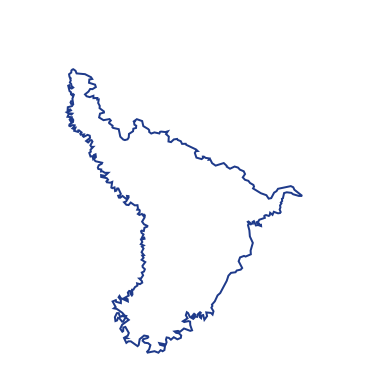 the district of Mphokojoana, Mokhotlong, Lesotho, rotated 346°
{"feature_id": "5366337B60583276922456", "entity_name": "Mphokojoana", "entity_type": "district", "adm_level": 2, "iso_a3": "LSO", "parent_name": "Lesotho", "parent_adm1": "Mokhotlong", "projection": "orthographic", "projection_center": [29.014, -29.041], "detail": "fine", "context": "isolated", "style": "outline", "palette": "blue", "viewbox_px": 384, "rotation_deg": 346, "n_neighbors": 0, "source": "geoboundaries", "source_scale": "gbopen_adm2", "svg_char_len": 5994}
<svg xmlns="http://www.w3.org/2000/svg" viewBox="0 0 384 384"><g transform="rotate(346 192 192)"><path d="M146.8,328.6L145.1,325.9L142.5,324.8L141.3,323.1L144.8,323.4L146.6,324.7L151.2,322.5L156.7,326.3L158.6,326.2L158.1,320.8L158.8,317.3L157.3,316.4L153.0,316.3L151.9,315.2L157.1,313.5L156.2,310.1L157.9,307.4L158.9,308.5L159.7,312.7L162.5,315.4L163.7,314.7L161.9,312.6L164.6,310.7L165.5,311.8L164.8,312.5L163.9,311.9L163.8,312.9L166.7,314.4L168.3,311.9L170.7,310.6L171.3,311.4L169.8,312.5L169.3,315.2L170.3,316.6L171.4,314.1L173.1,314.1L173.1,319.0L176.6,316.1L176.7,312.3L181.1,313.9L182.3,315.9L184.0,312.9L182.8,309.0L184.2,307.5L184.1,306.1L187.7,303.6L191.8,298.5L194.9,296.9L204.2,286.6L207.1,282.0L210.3,279.9L214.8,280.4L216.4,279.0L220.5,279.1L222.3,277.9L220.5,270.5L222.8,267.1L227.0,266.6L228.4,267.6L234.0,266.7L234.7,263.0L238.7,256.1L237.4,249.1L238.4,243.0L238.3,237.7L239.6,236.5L238.9,234.5L239.7,234.3L240.8,235.8L241.0,238.3L241.5,236.9L243.3,237.4L243.5,235.8L245.0,235.3L245.9,239.9L248.1,240.0L250.8,241.8L251.0,240.5L249.5,240.3L249.4,238.8L247.6,237.8L247.6,236.9L249.3,236.6L250.6,235.2L256.4,234.7L256.3,232.8L257.0,232.4L258.3,232.3L260.7,233.8L261.7,233.4L262.8,231.1L264.6,233.6L266.6,231.0L270.3,233.5L272.3,233.7L273.2,232.9L272.8,230.2L274.1,228.3L274.2,226.3L276.0,224.7L275.6,223.8L277.3,222.6L277.6,220.4L278.7,220.1L281.1,215.3L283.9,215.2L288.2,216.9L289.5,218.6L294.8,221.7L297.2,222.3L297.5,221.8L291.9,214.6L291.4,211.9L289.3,210.2L276.2,209.7L274.2,211.6L271.5,212.5L267.4,217.1L264.8,217.0L263.4,213.1L258.6,209.9L252.1,203.3L253.5,201.8L253.3,200.0L250.5,197.3L249.4,194.8L246.4,193.0L244.8,190.1L247.8,187.4L247.2,184.4L243.9,181.9L242.5,179.4L239.5,177.6L234.5,178.6L231.8,175.8L232.0,175.0L229.8,171.6L221.3,172.1L218.5,168.9L217.6,165.0L216.1,164.8L217.1,163.7L213.5,162.2L212.0,160.5L211.1,160.3L211.0,161.6L209.3,162.4L204.6,159.7L204.2,154.8L205.6,153.3L207.4,153.6L206.2,151.7L197.8,144.8L197.6,143.7L194.0,142.9L193.4,140.0L190.7,138.0L190.4,136.9L187.1,136.6L183.7,138.5L181.4,137.3L182.9,132.6L180.8,129.5L183.2,127.3L180.7,127.4L176.6,125.9L175.6,125.9L174.5,127.3L170.0,125.1L166.6,125.4L165.0,123.4L165.4,121.7L164.8,120.4L160.7,116.3L160.8,111.1L156.1,108.0L152.9,109.3L153.4,109.8L152.7,110.2L152.4,112.7L153.9,114.2L153.2,116.3L150.4,116.4L149.5,118.8L144.9,120.4L143.8,123.8L142.2,125.3L139.5,125.4L138.0,124.5L135.8,121.0L136.1,113.3L130.9,110.7L130.4,110.0L131.0,108.5L128.3,105.3L128.4,104.4L130.5,103.0L129.6,101.3L123.5,100.9L119.9,97.2L121.7,93.7L125.8,93.6L126.0,92.5L122.6,88.3L123.3,86.1L122.5,82.9L123.9,79.6L122.4,79.3L122.9,77.9L119.1,77.1L119.6,74.8L115.7,75.2L112.9,73.6L111.8,71.4L115.9,69.5L118.1,67.4L120.3,68.1L124.1,66.9L123.9,64.4L118.5,61.1L119.6,58.0L122.5,58.2L121.8,56.2L116.7,51.8L108.7,49.0L108.3,46.2L106.6,44.2L105.7,44.2L104.4,44.9L103.7,46.9L101.2,48.0L101.0,50.7L101.8,52.2L101.2,52.6L101.4,54.3L100.0,56.2L100.9,57.9L100.7,59.9L102.0,61.9L100.3,62.5L98.6,61.1L98.6,58.7L97.6,58.9L97.6,64.5L98.7,65.9L98.2,67.9L99.0,69.1L100.2,68.1L100.9,69.0L98.5,72.6L98.2,75.7L96.7,74.7L95.8,75.7L96.1,77.3L97.9,77.5L98.0,78.1L96.3,79.6L92.0,79.7L91.2,82.2L93.8,82.4L94.3,83.5L89.7,84.3L90.9,85.6L94.8,87.0L93.8,87.7L91.3,86.4L89.4,88.9L93.0,90.2L90.8,92.1L91.5,94.4L93.7,91.8L94.2,93.4L93.5,95.3L89.5,96.8L88.9,98.0L89.7,98.8L92.0,98.2L94.3,98.9L94.0,99.8L91.4,101.4L92.3,102.1L94.2,101.8L92.5,104.1L95.9,106.1L96.5,104.7L97.2,104.8L99.2,107.4L97.7,108.4L97.9,109.5L101.0,110.0L99.7,111.5L100.3,112.3L104.5,111.3L106.4,112.6L106.2,114.8L101.6,116.9L103.2,118.8L105.9,117.2L107.1,117.4L107.6,119.0L104.7,122.1L105.3,123.9L107.1,124.3L103.7,126.5L103.6,128.4L101.8,129.2L102.1,133.0L104.2,133.2L104.1,135.7L105.2,134.7L105.8,132.4L107.5,132.1L107.2,134.9L105.0,136.1L105.2,137.8L106.0,138.9L111.9,141.9L111.2,142.8L108.0,143.5L106.5,145.6L106.7,147.0L109.4,148.2L108.7,150.1L110.2,150.3L112.1,152.3L115.4,153.1L111.4,155.3L107.9,153.6L107.5,155.4L112.7,158.0L113.5,159.8L111.5,161.0L111.8,162.0L114.9,163.2L117.0,162.9L114.8,168.2L115.6,169.0L117.9,168.8L117.6,172.5L118.9,172.4L120.3,170.5L121.4,170.8L122.5,176.6L121.1,177.9L119.5,177.8L119.7,179.7L120.9,180.2L123.6,179.0L126.7,183.0L127.9,182.3L128.0,180.1L129.4,180.6L129.2,181.9L125.8,185.2L123.6,185.5L125.2,188.5L127.3,189.3L130.0,187.4L133.2,191.1L135.9,191.6L135.6,194.6L134.6,195.9L136.6,196.5L136.8,197.3L136.3,198.9L134.2,200.2L135.4,201.5L138.1,201.2L139.0,203.3L140.0,202.4L140.6,203.3L139.8,205.3L136.4,208.7L137.6,211.7L140.5,214.1L140.2,214.8L137.2,215.2L135.8,218.2L133.8,217.3L133.1,217.7L133.2,219.5L134.7,221.4L132.1,224.5L134.6,224.7L134.6,225.9L131.1,225.9L131.7,228.5L129.7,230.3L132.2,232.2L130.2,232.9L131.3,235.1L128.5,238.2L130.1,241.7L128.3,241.6L129.1,244.1L126.7,245.6L129.7,248.7L126.1,251.6L126.0,253.0L127.6,255.5L126.2,257.5L123.8,258.0L124.4,261.0L121.7,263.5L119.9,263.2L121.8,266.3L121.8,267.9L119.2,268.8L116.6,267.4L116.4,269.6L113.6,270.5L111.5,272.6L110.2,272.3L109.4,277.1L108.6,277.8L107.7,275.7L108.3,273.3L107.1,272.8L105.4,274.1L105.5,277.2L101.1,278.4L103.6,280.4L103.3,282.6L97.2,277.7L96.5,275.3L95.3,276.4L96.8,279.8L96.1,282.6L91.8,280.2L91.9,278.5L88.5,279.0L90.1,285.1L88.1,286.0L90.8,287.3L95.2,292.4L96.3,294.6L95.3,294.9L98.2,296.4L97.5,297.1L94.4,295.6L91.9,295.8L91.6,291.8L89.8,291.4L86.9,294.8L86.5,298.7L88.2,298.5L89.7,296.2L91.1,297.2L92.9,301.0L94.0,300.9L96.7,298.2L98.0,298.5L99.7,300.8L92.2,303.8L89.3,307.3L90.6,310.7L91.6,310.3L92.6,306.9L94.7,306.8L96.6,313.5L94.9,315.9L92.0,316.7L93.6,318.1L90.8,317.6L91.8,322.5L94.2,321.5L96.5,322.1L101.9,328.4L103.3,327.5L105.6,322.2L110.8,319.7L114.3,321.3L114.5,322.2L113.5,322.9L109.1,323.0L108.1,324.4L109.6,326.8L112.9,328.1L114.6,330.5L112.2,334.5L109.8,336.1L110.1,337.1L117.1,337.4L120.5,339.8L123.3,337.9L125.0,339.4L127.0,338.7L128.5,335.0L124.0,332.5L123.7,330.7L129.7,333.6L131.0,331.6L131.0,329.0L132.2,327.0L134.2,327.9L135.8,330.2L139.2,328.5L142.2,331.4L145.9,330.8L146.8,328.6Z" fill="none" stroke="#1e3a8a" stroke-width="2"/></g></svg>